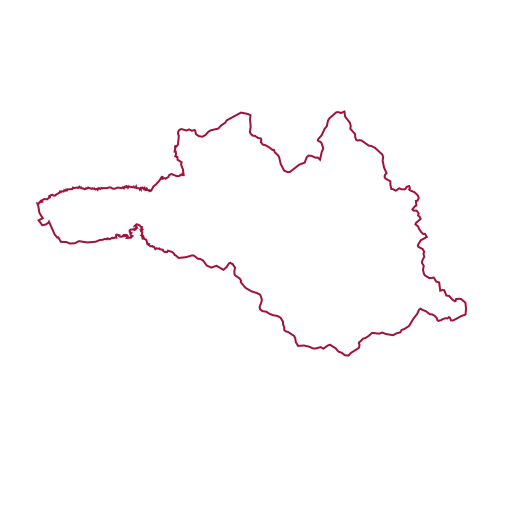 Lejanías, Meta, Colombia (orthographic projection), rotated 150°
{"feature_id": "7082276B92663278655025", "entity_name": "Lejanías", "entity_type": "district", "adm_level": 2, "iso_a3": "COL", "parent_name": "Colombia", "parent_adm1": "Meta", "projection": "orthographic", "projection_center": [-74.051, 3.626], "detail": "fine", "context": "isolated", "style": "outline", "palette": "rose", "viewbox_px": 512, "rotation_deg": 150, "n_neighbors": 0, "source": "geoboundaries", "source_scale": "gbopen_adm2", "svg_char_len": 6135}
<svg xmlns="http://www.w3.org/2000/svg" viewBox="0 0 512 512"><g transform="rotate(150 256 256)"><path d="M101.1,117.2L104.2,118.7L105.6,117.3L106.4,117.4L107.8,120.2L108.7,124.8L110.9,126.6L110.1,132.2L111.4,133.2L113.8,133.9L110.6,141.5L112.7,143.8L112.8,148.4L116.9,150.1L119.3,154.5L119.5,156.4L118.3,160.6L115.7,163.5L115.7,167.2L114.3,168.9L110.6,171.3L109.9,174.1L108.2,175.7L108.2,178.7L110.7,182.5L110.8,183.8L109.4,185.1L105.5,187.2L98.6,187.1L98.6,190.7L100.3,191.7L101.0,194.6L101.3,198.1L100.8,200.4L102.1,203.7L100.8,204.7L94.9,205.8L94.6,208.2L95.4,210.0L93.9,211.5L94.2,214.9L96.9,216.6L97.3,218.1L93.7,219.6L91.8,219.6L90.1,223.7L88.4,223.2L86.1,224.8L85.6,227.7L86.9,232.1L90.0,236.2L90.0,237.1L88.8,237.8L88.4,240.0L91.0,240.6L93.2,239.3L94.1,239.5L96.9,241.2L98.0,243.0L102.3,242.7L103.8,245.2L105.3,246.4L104.0,250.5L102.3,253.5L105.0,258.0L105.3,259.7L104.0,261.7L101.5,262.5L100.9,268.6L98.6,275.4L96.4,278.0L95.9,280.6L98.7,289.8L100.9,293.4L103.2,295.3L106.8,303.2L108.5,304.6L110.1,305.1L111.2,306.6L110.6,309.5L109.2,312.1L110.7,319.0L108.9,321.3L108.1,324.5L109.1,332.1L107.2,336.9L111.1,337.4L112.3,339.1L114.5,340.3L123.5,338.6L125.9,337.3L129.7,333.1L133.0,331.8L138.9,327.7L143.7,326.1L144.6,325.2L144.5,324.3L143.1,322.6L142.8,320.8L144.0,315.4L147.1,313.2L152.4,307.4L153.2,310.3L155.3,311.4L157.7,314.8L160.1,316.6L162.5,316.3L167.2,312.5L172.8,313.5L184.7,311.8L186.7,312.9L189.0,315.9L188.6,323.3L186.5,330.2L186.6,332.3L187.9,336.4L187.4,339.0L188.6,339.5L190.2,343.5L192.5,347.3L194.4,349.0L194.9,352.2L193.3,353.9L193.1,355.5L195.1,357.0L196.9,360.6L198.6,361.8L199.5,364.4L199.3,366.5L195.9,370.7L193.2,376.7L190.4,380.7L192.1,383.1L197.3,387.7L213.5,388.1L216.1,386.8L221.0,386.5L224.9,385.2L232.4,387.5L235.2,387.4L238.9,386.1L242.8,386.1L245.5,388.3L247.1,391.6L246.0,394.7L246.1,395.8L248.9,396.5L250.6,399.0L253.4,399.4L257.2,403.3L259.4,403.5L261.5,402.3L262.5,400.6L262.8,398.6L267.9,391.5L270.2,390.6L270.7,391.4L271.4,391.4L272.1,389.6L274.3,387.1L273.3,386.5L274.3,384.3L275.9,382.8L275.2,382.5L275.3,381.4L274.6,380.9L275.8,378.5L273.5,374.4L275.2,372.6L276.0,367.5L278.0,362.7L278.6,363.6L279.0,362.8L280.7,364.1L282.1,363.6L284.4,364.5L288.4,369.4L290.6,369.5L292.3,368.3L295.7,368.2L296.1,369.1L298.3,369.6L297.8,370.4L298.2,370.9L297.6,371.3L298.0,371.7L301.9,369.6L307.1,367.9L309.9,367.6L314.1,365.0L315.7,365.4L315.2,366.1L317.7,367.8L317.3,368.4L318.4,368.5L317.5,369.5L319.4,369.9L318.9,370.7L319.9,370.5L320.0,372.0L321.5,372.3L322.2,371.4L322.2,372.4L323.2,371.9L323.0,372.7L325.5,374.7L325.2,376.0L325.9,375.5L326.8,375.8L327.5,376.5L327.3,377.3L328.5,377.2L331.4,379.7L332.5,379.2L332.2,380.1L332.8,380.0L333.1,380.9L334.1,380.4L334.8,380.8L334.1,381.4L335.6,381.7L336.6,380.7L337.2,382.1L338.4,381.9L341.3,384.3L345.3,385.1L346.6,386.2L347.5,388.0L349.3,389.0L351.1,389.2L354.1,391.1L355.2,391.3L355.6,392.1L357.4,391.9L357.5,392.9L358.3,393.4L360.0,392.5L360.0,393.7L361.9,393.9L362.2,395.4L363.5,395.6L363.9,396.5L364.9,396.5L367.1,399.2L368.1,398.8L369.2,399.7L369.9,399.2L371.2,399.6L371.8,400.8L372.7,401.3L372.9,402.6L374.1,402.8L374.3,404.3L376.1,403.8L376.7,404.8L379.1,405.5L380.4,406.8L381.6,405.8L386.9,408.4L387.1,407.4L388.5,407.9L389.1,408.9L390.3,408.0L392.0,409.2L392.9,408.9L393.4,409.9L394.4,409.1L398.8,409.1L399.4,408.7L401.2,409.6L401.8,410.9L403.6,411.3L404.6,411.2L405.0,410.2L405.5,410.8L406.2,409.9L408.8,409.6L410.9,411.2L413.4,411.2L413.8,410.2L414.7,411.4L415.5,411.1L415.5,410.3L417.0,410.7L417.9,410.1L419.1,410.9L419.3,408.9L422.0,401.5L421.8,395.3L426.4,395.6L425.7,389.5L422.4,388.4L419.3,388.6L418.1,389.3L419.6,375.3L418.9,371.3L417.9,371.0L417.9,365.8L413.1,362.8L411.0,359.9L406.6,357.6L401.9,357.4L395.2,352.0L387.7,348.5L383.6,348.0L380.6,346.7L378.4,346.4L376.8,345.0L376.3,345.5L375.6,345.4L374.3,343.6L371.4,343.8L370.8,342.8L368.5,342.5L367.8,341.7L366.6,344.2L365.9,344.2L363.9,342.2L364.6,341.5L363.7,340.4L361.7,339.5L361.3,340.1L359.9,340.3L357.5,338.9L357.3,338.3L358.6,338.2L357.4,337.5L357.3,336.6L358.6,336.1L355.2,334.4L354.5,335.3L354.0,334.8L353.1,335.0L353.9,336.0L353.9,337.0L353.7,338.1L352.4,338.3L353.3,340.0L352.7,341.3L351.1,341.4L348.8,340.3L348.4,339.4L347.3,339.3L347.2,340.0L346.7,339.4L345.9,340.3L344.9,339.9L344.8,341.8L345.9,342.7L343.6,343.2L342.3,342.0L341.3,340.3L341.2,339.0L340.3,338.0L341.1,337.5L341.0,335.6L341.8,335.5L342.2,336.6L342.8,336.4L342.5,335.6L343.2,334.8L342.5,333.4L343.9,331.9L343.8,330.3L344.9,330.8L344.2,328.5L345.2,328.6L345.4,327.9L344.2,327.8L344.4,326.8L343.1,325.2L343.0,324.3L343.9,321.5L342.9,320.1L343.8,320.0L342.2,316.9L340.8,316.4L340.8,315.7L339.7,314.9L339.8,312.3L338.3,312.4L336.9,311.1L336.0,310.9L335.8,309.8L333.6,308.1L333.9,307.4L333.2,305.3L331.0,303.9L329.7,304.7L326.7,301.6L325.9,299.7L325.9,297.4L325.3,296.9L324.0,293.0L317.0,289.9L311.4,288.6L309.7,287.6L307.6,282.6L305.8,281.3L304.1,278.6L303.4,272.3L300.5,268.3L295.1,267.3L291.1,260.3L286.8,261.2L283.3,263.1L281.5,262.9L281.0,261.4L280.3,261.0L280.0,256.4L282.6,253.3L283.7,251.0L283.7,249.5L281.3,244.4L281.3,241.9L282.3,241.1L281.3,235.1L280.8,233.3L277.5,227.5L273.8,223.5L271.7,220.4L272.6,215.6L274.0,213.7L278.4,210.0L279.1,207.7L277.9,204.9L274.8,202.5L273.9,200.3L271.1,196.4L267.3,193.3L265.6,190.3L265.5,185.5L266.7,183.5L267.2,180.3L268.6,177.6L267.7,175.6L266.2,174.2L263.0,167.7L263.1,165.2L264.6,161.5L264.5,157.1L259.2,154.5L255.5,151.1L252.7,147.3L250.4,146.0L245.6,144.8L244.0,142.1L238.9,142.6L236.3,142.2L233.1,136.0L232.4,132.0L230.1,129.3L228.7,125.7L225.8,123.5L222.4,124.6L212.9,125.0L210.9,127.0L210.5,129.2L209.7,129.8L208.3,129.8L204.9,130.9L202.3,130.3L198.7,130.4L193.8,131.4L188.2,127.1L185.1,126.7L182.5,123.5L176.9,118.9L172.5,118.7L169.3,117.7L166.9,119.1L163.8,118.6L158.4,118.9L151.2,122.9L145.1,125.4L141.9,127.8L139.9,128.2L138.9,126.2L136.5,123.3L134.6,118.7L132.7,117.4L131.3,115.2L130.5,111.9L131.0,109.8L130.5,108.6L127.6,107.8L126.1,108.1L123.0,107.3L121.4,106.2L119.5,106.6L118.9,105.3L119.3,102.7L117.5,101.6L107.4,101.3L105.0,100.6L103.6,100.8L100.5,105.3L98.0,110.8L99.7,115.8L101.1,117.2Z" fill="none" stroke="#9f1239" stroke-width="2"/></g></svg>